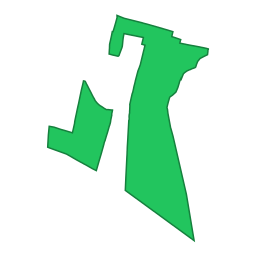 San Sebastián Tutla, Oaxaca, Mexico (Natural Earth projection)
{"feature_id": "50627088B66033285847791", "entity_name": "San Sebastián Tutla", "entity_type": "district", "adm_level": 2, "iso_a3": "MEX", "parent_name": "Mexico", "parent_adm1": "Oaxaca", "projection": "natural_earth1", "projection_center": [-96.683, 17.044], "detail": "fine", "context": "isolated", "style": "filled", "palette": "green", "viewbox_px": 256, "rotation_deg": 0, "n_neighbors": 0, "source": "geoboundaries", "source_scale": "gbopen_adm2", "svg_char_len": 3572}
<svg xmlns="http://www.w3.org/2000/svg" viewBox="0 0 256 256"><path d="M125.3,190.4L194.1,240.6L186.4,194.4L173.0,136.2L170.9,128.6L170.7,128.3L167.9,113.2L167.5,109.5L167.0,107.7L167.0,107.3L167.5,105.2L168.3,102.0L169.6,97.5L170.0,96.9L172.5,95.2L175.9,92.1L177.8,87.7L179.3,82.8L179.6,81.5L180.8,78.9L180.9,79.3L181.1,79.5L183.4,73.8L184.8,72.5L186.9,71.0L189.4,69.8L190.5,69.5L191.7,68.8L192.7,68.5L194.9,67.7L195.7,67.0L196.6,64.1L197.2,62.7L197.3,62.4L197.5,61.9L197.6,61.5L198.2,60.8L199.9,58.7L200.1,58.5L200.3,58.3L200.6,58.2L200.8,58.1L204.2,56.3L207.5,54.7L207.9,51.5L207.9,50.3L208.0,50.0L208.3,49.5L208.3,48.9L206.5,48.4L202.4,47.5L202.1,47.5L199.4,46.9L194.1,45.9L193.0,45.7L192.3,45.6L190.6,45.3L190.1,45.2L188.5,44.9L187.5,44.7L186.0,44.4L184.8,44.1L184.0,44.0L179.8,43.1L180.0,42.2L180.7,39.6L175.5,37.8L175.2,37.7L171.8,36.6L172.1,35.1L172.9,31.7L167.4,30.0L147.3,24.2L143.0,23.1L142.9,23.0L142.5,22.9L124.2,18.3L119.9,16.6L117.0,15.4L117.0,16.2L117.1,17.4L115.6,23.0L114.0,28.5L113.0,31.7L112.3,31.6L111.4,36.2L110.3,41.2L110.1,42.0L109.6,44.3L109.6,44.5L109.5,47.0L109.5,48.2L109.4,49.1L109.3,51.1L109.2,52.8L109.2,53.4L109.1,54.0L109.4,54.1L110.5,54.4L112.6,55.0L113.5,55.2L114.4,55.4L115.0,55.5L117.0,56.0L118.0,56.2L118.5,56.0L119.0,55.5L119.7,53.5L121.9,47.7L122.3,46.3L122.6,43.6L122.9,40.3L123.2,37.8L123.3,37.3L123.4,36.7L123.7,35.0L124.0,33.6L132.3,35.3L133.4,35.5L135.0,35.8L136.8,36.2L137.3,36.3L138.8,36.6L139.8,36.8L141.0,37.0L143.4,37.5L142.8,40.0L142.2,42.5L141.8,44.2L145.0,45.2L143.9,49.9L143.6,50.9L143.5,51.4L143.1,53.1L140.2,65.1L140.1,65.4L139.8,66.0L139.2,67.9L138.7,69.0L138.2,70.4L138.0,70.8L135.8,79.1L135.4,80.6L135.1,82.1L134.6,84.1L134.0,86.4L133.6,88.2L133.6,88.5L132.9,91.5L132.9,91.9L132.8,92.0L132.1,94.0L131.2,98.0L129.9,104.0L129.8,104.6L129.8,104.9L129.8,105.0L129.9,105.6L129.7,110.0L129.6,111.4L129.6,113.0L129.3,114.3L129.1,116.1L129.1,117.1L129.2,119.2L128.8,120.5L128.5,126.1L127.9,136.9L127.9,137.3L127.3,147.1L127.2,150.4L127.2,151.0L127.1,151.8L127.1,153.0L127.0,155.1L126.8,158.7L125.8,178.9L125.3,190.4ZM83.5,80.9L83.1,82.9L81.3,90.4L80.3,95.2L79.4,99.6L78.4,104.4L78.2,105.1L77.3,109.2L76.1,115.0L75.9,115.8L74.8,121.2L74.7,121.7L74.6,123.2L72.6,132.1L72.4,132.8L64.4,130.4L61.1,129.5L59.2,128.9L58.9,128.8L58.4,128.6L54.5,127.3L53.9,127.1L53.7,127.1L49.3,126.3L49.2,126.3L48.4,134.7L47.7,147.2L49.7,148.0L66.6,154.1L77.5,160.4L78.3,160.8L79.9,161.7L81.0,162.3L82.2,162.9L83.4,163.6L83.5,163.7L85.5,164.7L89.0,166.7L91.8,168.3L92.1,168.5L96.3,170.6L99.5,159.5L101.0,154.5L101.5,152.8L102.4,149.5L102.5,149.2L102.8,148.1L103.4,146.0L103.7,144.8L103.9,144.2L104.1,143.1L104.3,142.4L104.4,142.1L104.6,141.6L104.7,141.3L105.1,140.4L105.2,140.1L105.3,139.6L105.4,139.2L105.5,138.9L106.4,135.9L107.5,132.4L109.3,126.1L109.6,125.4L109.9,124.4L110.3,123.0L110.4,122.6L110.5,122.0L110.7,120.7L110.8,119.7L111.0,119.0L111.2,117.8L111.4,117.1L111.6,115.9L111.8,115.1L111.7,114.0L112.5,110.3L112.5,110.0L112.4,110.0L111.6,110.0L110.7,109.9L110.2,109.9L108.3,109.6L107.6,109.6L106.6,109.6L106.4,109.6L106.0,109.4L105.3,109.0L104.9,108.7L104.4,108.5L103.6,107.9L102.7,107.3L102.6,107.2L102.3,107.0L101.8,106.7L101.4,106.4L100.4,105.9L100.0,105.6L99.8,105.4L99.2,105.0L98.1,104.0L97.0,102.9L95.3,100.8L94.6,99.8L94.7,99.5L94.0,98.3L93.8,98.1L93.5,97.4L93.3,97.2L93.0,96.6L92.9,96.4L92.2,95.0L92.0,94.7L91.2,93.0L91.1,92.8L90.2,91.1L90.1,90.8L89.6,90.0L89.5,89.7L88.7,88.2L88.0,86.8L87.2,85.2L86.5,84.0L85.8,82.5L85.3,81.5L85.0,81.2L84.4,81.0L84.0,81.0L83.5,80.9Z" fill="#22c55e" stroke="#15803d" stroke-width="1.5"/></svg>